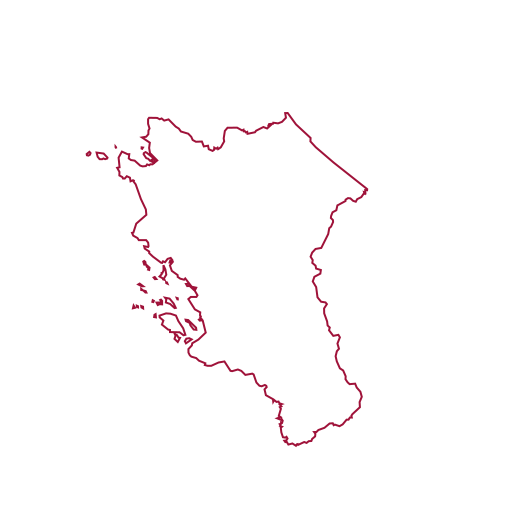 Takua Thung, Phangnga, Thailand, rotated 141°
{"feature_id": "78962969B58097970477976", "entity_name": "Takua Thung", "entity_type": "district", "adm_level": 2, "iso_a3": "THA", "parent_name": "Thailand", "parent_adm1": "Phangnga", "projection": "mercator", "projection_center": [98.425, 8.29], "detail": "fine", "context": "isolated", "style": "outline", "palette": "rose", "viewbox_px": 512, "rotation_deg": 141, "n_neighbors": 0, "source": "geoboundaries", "source_scale": "gbopen_adm2", "svg_char_len": 6138}
<svg xmlns="http://www.w3.org/2000/svg" viewBox="0 0 512 512"><g transform="rotate(141 256 256)"><path d="M262.4,80.0L260.3,84.8L260.5,90.4L259.3,94.4L263.9,97.5L264.3,100.2L264.0,103.9L262.0,106.1L260.3,112.2L261.5,115.9L259.5,123.3L257.2,128.0L253.1,131.1L249.9,131.7L247.8,136.7L242.0,140.0L241.6,142.9L246.2,145.3L246.0,152.3L243.7,154.0L244.1,156.9L241.9,160.4L239.1,168.5L236.1,172.4L231.2,174.0L231.2,176.2L234.2,179.5L234.2,185.2L228.8,194.0L227.9,200.5L223.7,203.1L217.1,201.8L214.4,204.3L217.2,208.4L215.8,211.0L216.6,215.2L214.5,217.1L214.0,221.1L210.2,223.3L205.3,224.0L200.2,221.2L186.1,227.6L181.6,231.5L179.2,231.6L174.7,233.9L173.6,235.5L173.9,238.4L172.5,239.8L169.0,241.8L164.8,241.0L160.9,244.1L151.9,242.4L150.9,243.4L148.1,243.1L146.4,241.4L145.8,237.7L144.3,235.4L141.6,236.5L137.1,235.5L132.9,236.7L132.5,236.1L131.9,237.5L131.3,236.2L129.7,238.5L128.3,237.2L127.5,238.0L136.9,279.9L141.1,302.9L141.6,310.8L139.3,313.4L142.1,333.1L141.4,347.2L143.4,348.7L145.7,344.6L151.4,343.9L155.4,345.2L158.7,348.7L159.5,348.1L162.8,350.3L164.0,349.7L162.0,348.4L167.1,348.1L169.1,351.6L177.1,353.3L178.9,352.8L185.7,356.3L184.7,358.0L186.1,358.4L186.1,360.1L187.0,360.6L186.2,362.0L187.8,362.4L189.9,367.6L197.4,373.6L201.5,372.8L207.1,367.7L208.6,365.1L215.0,362.6L218.2,362.9L217.7,364.4L219.5,364.5L220.2,366.5L221.8,364.9L223.6,365.0L225.5,368.7L223.9,371.9L227.6,374.0L226.0,379.0L230.8,382.6L232.2,386.0L231.3,389.4L231.7,393.7L236.0,400.0L235.8,403.6L237.0,407.1L238.0,417.2L242.1,419.0L242.8,422.3L244.8,422.9L245.9,425.5L252.1,430.7L253.8,430.2L256.7,426.6L258.5,422.1L260.6,421.2L263.0,418.4L266.3,417.8L270.0,419.9L267.2,410.9L271.1,407.2L273.6,402.7L272.6,392.4L278.8,392.4L280.4,393.8L281.8,393.7L283.0,395.7L285.0,395.2L287.7,397.0L289.1,399.1L290.3,406.5L292.8,409.3L293.5,411.9L290.4,414.9L291.7,415.9L294.5,421.5L300.9,418.9L306.2,410.8L308.4,411.9L309.2,407.3L311.5,404.6L310.2,401.4L310.6,399.9L309.3,398.8L306.2,399.3L304.7,396.2L306.5,393.0L303.9,392.3L303.5,391.4L304.3,390.9L304.4,387.4L309.6,372.7L312.3,361.5L315.3,357.0L328.7,356.5L336.5,351.4L337.8,352.0L338.6,349.1L336.8,344.5L337.1,342.1L331.4,337.5L331.4,334.3L333.3,331.3L334.2,330.9L336.8,334.0L337.8,331.8L336.2,326.6L337.2,325.5L336.5,320.4L334.0,310.5L333.3,309.7L331.6,310.4L330.6,308.4L326.5,309.4L323.5,308.2L323.6,305.8L325.6,306.4L327.3,305.3L326.6,304.5L324.2,304.7L324.3,303.8L328.8,302.9L330.8,297.4L328.9,290.5L330.0,289.0L329.1,286.0L326.8,282.8L325.1,283.1L325.3,272.6L322.4,269.0L325.4,267.6L326.2,262.3L328.1,261.7L332.4,265.2L335.7,265.1L337.1,253.0L334.8,247.3L336.8,245.2L336.9,243.8L337.9,243.6L338.0,239.4L343.3,228.1L353.4,227.3L360.5,228.3L362.1,226.9L367.1,226.2L369.3,223.4L369.9,220.5L369.6,218.5L366.7,214.3L366.2,210.5L362.9,204.5L364.4,203.5L362.7,201.1L359.8,198.8L352.1,196.8L346.9,193.9L348.1,182.8L347.0,181.5L341.5,179.2L339.7,175.9L339.1,170.3L332.9,166.9L332.4,165.4L335.3,157.4L335.0,153.0L333.6,151.2L330.3,150.2L329.7,148.7L330.2,147.4L333.3,147.0L335.9,141.6L332.9,134.1L334.3,131.9L332.5,132.6L331.9,129.7L330.1,128.7L330.5,126.9L329.2,124.8L331.0,125.5L330.9,123.2L332.6,123.6L332.8,121.6L338.9,117.4L338.3,115.4L341.7,116.5L339.7,112.9L338.7,113.4L338.9,111.2L340.6,110.0L341.2,110.9L341.8,110.0L343.3,110.4L343.2,109.3L344.3,108.8L343.3,107.0L344.7,107.1L347.3,103.0L349.1,98.2L347.5,96.4L346.1,96.3L346.4,94.3L348.6,93.6L350.2,94.6L350.3,92.9L349.1,92.1L349.5,89.1L345.7,87.4L344.4,83.4L342.9,84.0L341.9,83.6L342.1,82.7L335.6,81.1L334.3,78.9L331.6,78.9L329.4,77.4L327.5,78.5L323.6,78.6L321.7,80.5L321.6,82.6L319.8,81.2L317.0,81.5L310.9,79.4L304.2,79.5L301.6,77.7L302.1,75.6L300.8,75.3L298.2,71.2L294.6,70.6L288.6,71.8L287.1,70.6L284.7,71.4L283.2,70.2L282.4,71.8L280.7,72.4L270.4,73.1L267.4,77.3L262.4,80.0ZM368.5,270.4L369.5,268.9L368.6,264.1L372.3,261.9L370.6,254.1L369.4,252.7L370.7,251.0L363.4,244.8L362.2,240.0L360.5,239.2L358.1,245.6L357.3,254.3L355.7,260.1L358.8,265.0L362.0,268.0L368.5,270.4ZM313.2,427.8L312.3,426.2L310.3,425.4L309.5,425.9L309.9,431.5L314.8,436.7L316.6,432.8L316.6,429.7L314.6,428.0L313.2,427.8ZM355.3,276.6L352.9,272.7L352.0,266.7L351.0,266.2L349.9,270.9L350.0,277.3L352.9,280.8L353.0,278.8L355.3,276.6ZM278.4,396.5L274.1,396.3L276.0,405.2L276.5,406.3L278.5,406.5L279.3,405.8L279.7,401.1L278.6,399.4L278.4,396.5ZM342.9,296.3L342.1,295.1L341.7,296.5L337.5,297.9L334.9,302.5L333.7,307.1L336.9,303.0L339.3,301.8L340.1,302.2L340.8,301.2L343.9,300.8L342.4,297.0L342.9,296.3ZM350.8,250.8L351.4,249.4L349.6,245.7L350.6,243.4L350.7,238.1L348.8,236.2L347.7,238.0L349.0,248.9L350.8,250.8ZM371.5,242.9L370.9,238.4L366.6,240.2L367.6,241.4L367.2,244.2L368.2,246.5L368.7,244.7L371.5,242.9ZM362.1,235.6L364.9,234.6L365.4,232.2L358.5,231.7L359.6,234.1L362.1,235.6ZM361.2,279.2L359.4,277.5L357.2,280.2L357.3,281.9L358.1,282.1L358.2,280.6L359.6,280.0L362.6,282.4L363.2,279.7L361.2,279.2ZM323.4,441.8L324.0,440.7L323.1,439.5L321.3,439.2L319.8,440.1L319.9,441.8L323.4,441.8ZM328.0,278.3L328.4,275.9L326.1,274.2L325.8,276.9L328.0,278.3ZM275.7,396.0L277.5,394.8L276.4,392.6L274.1,394.7L275.7,396.0ZM347.1,322.6L348.3,319.7L347.1,318.5L345.7,321.1L346.0,322.5L347.1,322.6ZM365.4,308.0L363.7,304.2L362.7,303.5L363.8,307.8L365.4,308.0ZM346.7,317.6L347.6,316.6L347.3,313.8L348.4,313.3L347.8,312.4L346.1,313.9L346.7,317.6ZM373.6,272.7L372.4,271.3L370.6,274.0L371.9,274.2L373.6,272.7ZM349.1,303.7L349.1,301.6L347.9,300.8L347.9,303.4L349.1,303.7ZM365.3,300.2L364.9,297.2L364.2,296.6L363.8,298.1L365.3,300.2ZM384.5,292.8L382.6,291.9L382.3,294.5L384.5,292.8ZM376.7,289.3L377.4,288.1L376.7,286.3L375.7,287.7L376.7,289.3ZM326.0,271.3L325.7,269.2L324.6,269.6L326.0,271.3ZM364.1,286.6L365.4,285.6L364.8,284.8L363.6,285.4L364.1,286.6ZM340.4,242.5L340.4,241.2L339.3,240.5L339.7,242.4L340.4,242.5ZM276.5,412.4L277.3,411.5L277.0,410.9L275.6,411.4L276.5,412.4ZM379.9,292.4L380.6,291.4L380.0,290.3L379.3,291.2L379.9,292.4ZM365.9,302.7L366.6,301.8L365.5,300.5L365.9,302.7ZM342.3,292.2L342.8,291.4L342.2,290.2L341.8,291.5L342.3,292.2ZM344.0,273.3L344.4,271.8L344.1,271.5L343.4,272.4L344.0,273.3ZM296.3,429.4L296.7,428.9L296.9,427.6L296.3,428.6L296.3,429.4Z" fill="none" stroke="#9f1239" stroke-width="2"/></g></svg>